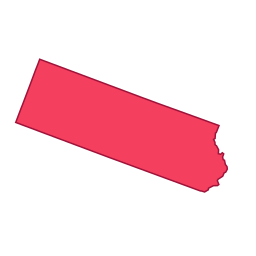 Beaver, Utah, United States of America (orthographic projection), rotated 20°
{"feature_id": "52423323B8747070342257", "entity_name": "Beaver", "entity_type": "district", "adm_level": 2, "iso_a3": "USA", "parent_name": "United States of America", "parent_adm1": "Utah", "projection": "orthographic", "projection_center": [-112.824, 38.36], "detail": "fine", "context": "isolated", "style": "filled", "palette": "rose", "viewbox_px": 256, "rotation_deg": 20, "n_neighbors": 0, "source": "geoboundaries", "source_scale": "gbopen_adm2", "svg_char_len": 718}
<svg xmlns="http://www.w3.org/2000/svg" viewBox="0 0 256 256"><g transform="rotate(20 128 128)"><path d="M212.4,104.5L211.9,102.8L212.5,102.1L212.7,94.6L201.8,94.6L146.5,94.7L128.6,94.6L21.5,93.6L21.5,97.6L21.5,98.3L21.3,105.3L21.2,120.4L21.2,120.5L20.9,142.7L20.8,145.1L20.6,161.2L120.1,162.1L217.6,162.4L218.2,162.1L221.9,161.9L224.6,158.6L224.3,157.0L228.0,153.0L231.8,151.5L232.7,150.0L229.9,146.9L230.2,145.3L233.5,140.9L233.7,137.2L234.9,136.1L235.4,132.7L234.3,130.5L231.9,128.9L229.7,125.3L228.3,125.2L226.8,122.9L226.8,119.6L225.1,119.0L224.0,121.0L221.7,121.2L220.6,117.5L217.3,114.5L215.5,113.9L214.6,111.7L212.3,109.4L213.4,108.1L212.4,104.5Z" fill="#f43f5e" stroke="#9f1239" stroke-width="1.5"/></g></svg>